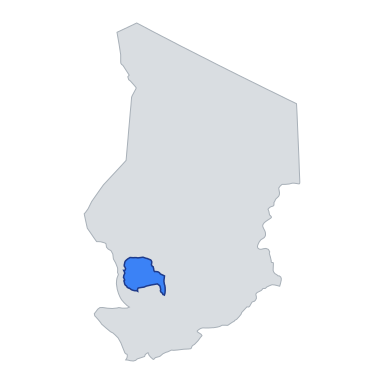 Baguirmi, Chari-Baguirmi, Chad (highlighted)
{"feature_id": "50815135B83477967363059", "entity_name": "Baguirmi", "entity_type": "district", "adm_level": 2, "iso_a3": "TCD", "parent_name": "Chad", "parent_adm1": "Chari-Baguirmi", "projection": "orthographic", "projection_center": [16.269, 11.464], "detail": "fine", "context": "in_parent", "style": "filled", "palette": "blue", "viewbox_px": 384, "rotation_deg": 0, "n_neighbors": 0, "source": "geoboundaries", "source_scale": "gbopen_adm2", "svg_char_len": 4858}
<svg xmlns="http://www.w3.org/2000/svg" viewBox="0 0 384 384"><path d="M296.5,103.7L297.0,113.1L297.4,122.5L297.8,131.9L298.2,141.4L298.6,150.8L299.0,160.2L299.3,169.7L299.7,179.1L299.8,182.3L299.6,183.5L299.1,183.9L294.3,183.2L292.1,183.2L289.2,184.0L284.8,184.4L282.0,184.4L280.1,186.1L278.7,188.1L279.5,192.7L279.4,194.3L278.9,195.9L277.6,197.4L276.3,198.5L275.5,199.5L274.6,201.6L273.9,202.6L274.0,204.0L273.8,205.4L273.0,206.1L271.0,206.7L269.7,207.4L268.7,208.4L268.0,209.2L268.4,210.1L268.9,211.5L269.3,213.6L269.5,214.8L270.5,215.8L271.2,216.5L271.4,217.4L270.8,218.1L268.4,219.7L267.4,220.3L266.3,221.1L265.8,221.4L264.1,222.9L263.2,224.2L262.7,225.2L262.8,226.7L263.8,228.9L264.8,230.8L265.3,232.2L265.5,233.7L265.5,235.2L265.0,236.5L264.1,237.7L260.7,239.9L259.0,242.3L257.7,245.2L257.4,246.8L257.8,247.9L258.6,248.7L259.6,249.2L261.1,249.3L263.6,248.7L265.9,248.4L268.4,249.4L269.7,251.8L269.3,253.5L270.3,256.7L271.2,260.6L271.2,261.9L271.5,262.4L273.1,262.6L273.4,263.5L273.1,270.4L273.8,272.2L274.9,273.6L276.1,274.3L277.3,275.1L277.9,275.8L279.3,275.9L280.8,277.1L281.3,278.7L281.2,280.3L280.4,283.8L279.7,286.2L278.8,286.0L277.0,285.5L274.8,285.0L272.1,284.7L269.5,285.7L266.8,287.0L265.9,287.9L265.1,288.5L263.9,288.4L262.8,288.6L262.2,289.5L261.2,290.5L257.2,292.5L256.4,293.3L255.9,294.0L255.9,294.8L256.3,296.4L256.4,298.4L255.5,300.1L254.5,301.2L253.3,301.6L252.3,301.9L251.7,302.6L249.6,306.3L248.7,307.0L246.9,306.9L241.6,312.6L241.1,314.2L239.2,316.6L236.8,319.2L234.6,320.5L234.4,321.0L233.8,321.5L232.5,322.1L227.8,325.3L222.2,325.2L219.7,326.5L217.3,327.1L213.7,327.7L212.6,327.7L208.1,328.0L202.7,327.9L200.7,328.4L198.8,329.6L197.4,330.7L197.2,331.0L197.4,331.5L197.3,331.8L201.1,334.3L202.0,335.6L201.1,336.8L200.6,337.0L200.0,338.1L197.8,341.0L194.5,344.4L192.8,345.4L192.1,346.1L191.2,348.3L190.7,348.7L188.4,349.0L183.8,349.2L177.5,350.0L173.7,350.3L171.4,350.1L168.1,351.7L166.9,352.1L166.2,352.2L162.9,353.8L160.2,356.1L159.2,356.6L155.4,357.6L153.9,359.2L153.2,359.4L150.7,357.2L149.1,355.3L148.2,353.3L148.1,352.7L147.7,352.8L146.3,353.7L145.2,354.7L144.6,356.5L140.7,357.8L137.3,358.9L135.7,360.3L133.4,361.0L130.3,360.7L128.0,360.1L125.7,359.9L126.8,358.2L127.2,356.9L127.3,355.4L127.1,354.3L125.8,353.8L124.9,352.9L122.9,348.0L120.9,342.9L118.1,337.9L114.9,334.7L112.7,332.8L112.0,332.5L110.8,331.9L110.0,331.3L105.9,327.9L101.6,324.1L100.5,322.4L98.4,319.8L96.0,317.1L94.8,315.9L94.3,313.7L95.9,311.7L97.7,309.2L99.9,307.6L102.7,307.5L107.3,308.2L112.3,308.5L117.2,308.0L118.5,307.6L119.8,307.7L122.4,308.2L127.1,308.1L129.4,307.1L126.9,305.4L124.1,302.7L121.5,299.7L120.0,297.0L118.5,293.5L117.2,289.1L116.4,283.6L116.6,280.4L117.0,278.1L118.4,274.5L117.5,272.3L117.7,270.6L117.6,268.0L117.1,266.7L115.4,262.4L115.0,261.9L113.4,258.9L112.8,254.0L111.0,250.7L108.2,249.1L106.5,247.2L106.0,243.8L104.8,242.9L100.4,241.7L96.6,241.6L93.9,237.8L90.5,232.8L87.3,228.2L85.3,219.1L84.2,213.8L85.6,212.3L88.2,208.6L91.7,201.5L99.4,190.5L103.4,184.9L111.2,176.5L120.8,166.2L126.1,160.4L127.0,149.9L128.0,138.7L128.7,130.2L129.6,120.2L130.3,111.9L130.9,105.8L131.6,97.2L132.3,95.5L135.9,88.8L136.2,87.9L135.5,86.8L130.4,81.0L128.7,79.7L127.8,76.8L129.2,75.1L123.0,65.5L121.5,64.3L120.8,63.1L120.7,61.4L120.7,54.8L119.1,44.4L117.0,32.3L124.3,28.9L129.8,26.3L136.7,23.0L143.2,26.4L152.6,31.4L162.0,36.3L171.5,41.2L180.9,46.1L190.4,50.9L200.0,55.8L209.5,60.6L219.1,65.5L228.7,70.3L238.3,75.1L248.0,79.9L257.7,84.7L267.4,89.5L277.1,94.2L286.8,99.0L296.5,103.7Z" fill="#d9dde1" stroke="#a8b0b8" stroke-width="1"/><path d="M164.5,275.9L162.6,275.0L161.1,274.3L160.4,274.0L159.4,272.7L157.9,271.8L155.6,271.5L154.6,271.6L153.9,270.6L153.6,268.5L153.3,267.4L153.2,266.8L152.2,266.2L151.4,264.8L151.6,263.8L151.8,261.9L151.2,260.5L150.6,259.9L147.0,258.4L146.1,258.3L143.0,257.2L137.9,257.9L136.2,257.6L135.7,257.6L134.9,257.6L133.2,257.7L130.1,257.5L129.6,257.8L129.1,258.1L127.9,258.8L127.5,259.1L126.4,260.0L125.4,261.0L124.8,262.2L124.6,263.4L124.3,264.6L124.2,266.0L125.1,267.4L125.6,268.7L125.2,269.9L124.6,270.5L123.7,270.4L124.4,271.8L124.8,273.2L123.8,275.6L123.5,277.5L124.0,278.2L124.4,279.4L124.7,280.0L123.9,280.9L124.1,281.5L124.3,282.1L124.6,283.6L125.0,284.7L125.7,285.5L126.4,285.9L126.9,286.6L127.0,286.8L127.2,287.3L128.6,288.1L129.4,288.2L129.8,288.5L130.1,288.7L130.3,288.8L130.5,289.0L131.4,289.7L133.3,290.4L134.0,290.5L134.7,290.7L135.3,290.7L136.6,290.7L137.7,291.3L137.5,289.6L138.0,288.2L138.7,287.9L141.1,287.5L144.0,287.1L146.3,286.1L148.5,285.6L149.8,285.3L151.5,284.9L154.6,284.4L157.4,283.9L158.3,284.6L159.7,285.7L160.1,286.5L160.7,289.5L160.4,290.8L160.8,291.9L161.8,292.8L162.6,293.4L162.9,294.5L163.6,294.7L164.4,295.1L165.0,293.0L165.2,290.3L165.1,287.4L164.8,285.4L164.4,284.4L163.9,281.1L164.0,280.6L164.0,279.7L164.1,279.3L164.5,275.9Z" fill="#3b82f6" stroke="#1e3a8a" stroke-width="1.5"/></svg>